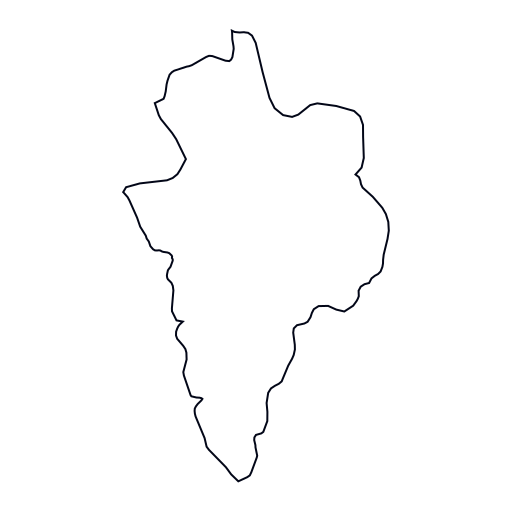 Korçë, Natural Earth projection
{"feature_id": "ALB-1521", "entity_name": "Korçë", "entity_type": "County", "adm_level": 1, "iso_a3": "ALB", "parent_name": "Albania", "parent_adm1": "", "projection": "natural_earth1", "projection_center": [20.625, 40.584], "detail": "fine", "context": "isolated", "style": "outline", "palette": "ink", "viewbox_px": 512, "rotation_deg": 0, "n_neighbors": 0, "source": "natural_earth", "source_scale": "10m", "svg_char_len": 2433}
<svg xmlns="http://www.w3.org/2000/svg" viewBox="0 0 512 512"><path d="M231.9,30.7L234.7,32.0L239.6,32.5L244.0,32.2L245.0,32.4L248.1,32.8L252.0,35.6L255.7,42.9L262.6,72.1L269.5,97.9L274.6,108.2L279.4,112.1L283.1,115.1L292.1,116.9L298.3,114.6L310.2,105.1L317.2,103.4L317.5,103.4L336.3,106.0L354.1,111.0L360.1,116.5L363.0,124.9L363.1,136.8L363.8,158.0L361.6,167.6L355.5,174.5L359.0,177.2L360.3,180.6L361.0,184.2L362.6,187.6L372.8,196.8L382.3,207.8L385.9,214.1L388.3,221.9L388.8,230.7L387.5,239.0L383.7,254.6L383.1,259.7L383.0,263.5L382.4,266.9L380.6,271.5L378.1,274.0L374.8,275.8L371.5,278.4L369.1,283.0L364.5,284.2L360.7,286.7L358.6,290.7L358.8,296.2L357.8,298.8L356.6,301.0L353.2,305.7L344.3,311.5L336.3,309.6L328.1,305.9L318.6,306.1L313.8,309.2L311.9,312.9L310.5,317.2L307.6,321.8L304.4,323.5L297.0,325.2L293.8,328.4L293.2,332.6L294.8,344.8L294.9,349.5L293.7,355.0L292.1,358.7L288.2,365.7L282.7,378.9L281.7,381.4L278.8,383.8L274.9,385.8L271.0,388.4L268.2,392.8L266.6,403.0L267.4,411.9L267.3,421.1L263.3,431.9L261.3,433.4L256.0,434.9L254.4,437.4L254.2,440.1L255.4,445.1L255.5,447.4L257.2,455.7L256.7,457.7L251.3,472.3L249.8,475.4L247.2,477.2L238.3,481.3L238.1,481.1L231.2,474.4L225.9,467.2L209.0,449.9L206.6,446.7L204.6,438.1L195.6,416.5L194.9,413.7L194.6,410.9L194.8,408.5L195.9,406.4L197.7,404.0L201.4,400.4L202.4,398.9L201.5,398.2L199.6,397.7L196.4,397.5L191.4,396.3L190.6,395.2L183.9,375.5L183.3,372.1L186.6,359.5L186.4,352.7L185.4,349.1L183.2,345.8L177.2,338.8L176.0,335.5L176.1,331.7L177.2,328.6L178.2,326.5L179.4,324.8L182.8,321.6L176.5,320.4L172.0,311.3L171.9,308.3L173.4,290.4L172.8,285.9L171.4,282.8L167.9,279.3L167.2,277.8L166.9,275.7L167.1,274.0L167.9,270.3L168.7,269.1L170.5,266.8L172.7,260.7L172.7,259.3L171.9,257.9L172.1,256.5L171.7,255.5L169.3,253.2L167.5,252.5L163.4,251.9L162.0,251.5L160.3,250.5L158.8,250.3L157.0,250.5L155.0,250.4L153.1,249.3L150.4,246.2L148.8,241.5L146.7,238.6L145.8,235.7L140.2,226.7L137.1,217.7L129.4,200.4L127.6,197.1L123.2,192.1L126.1,187.2L139.9,183.4L167.0,180.3L172.7,178.0L177.4,174.2L180.4,169.5L185.9,159.1L176.2,139.2L172.1,133.0L160.9,119.1L158.8,115.2L154.8,103.1L163.6,98.8L164.6,96.2L165.7,91.5L166.6,84.4L167.5,80.7L169.6,74.7L171.9,72.2L174.2,70.7L186.8,66.6L189.0,66.2L191.8,65.2L206.1,57.0L208.8,55.9L210.4,55.9L212.4,56.1L225.5,60.7L229.3,61.1L231.1,59.6L232.4,57.1L233.7,48.9L233.5,46.3L232.3,39.4L232.1,32.1L231.9,30.7Z" fill="none" stroke="#020617" stroke-width="2"/></svg>